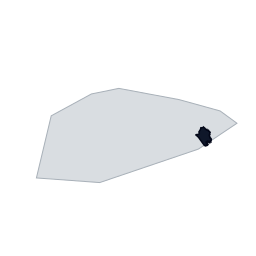 Marquis Estate, Dauphin, Saint Lucia shown in context, rotated 69°
{"feature_id": "8701671B42547396516194", "entity_name": "Marquis Estate", "entity_type": "district", "adm_level": 2, "iso_a3": "LCA", "parent_name": "Saint Lucia", "parent_adm1": "Dauphin", "projection": "robinson", "projection_center": [-60.9, 14.029], "detail": "fine", "context": "in_parent", "style": "filled", "palette": "ink", "viewbox_px": 256, "rotation_deg": 69, "n_neighbors": 0, "source": "geoboundaries", "source_scale": "gbopen_adm2", "svg_char_len": 2897}
<svg xmlns="http://www.w3.org/2000/svg" viewBox="0 0 256 256"><g transform="rotate(69 128 128)"><path d="M168.8,174.0L141.8,231.4L89.1,195.3L83.1,150.0L87.7,122.4L119.9,70.0L145.1,35.9L162.6,24.6L172.9,69.8L168.8,174.0Z" fill="#d9dde1" stroke="#a8b0b8" stroke-width="1"/><path d="M157.0,63.1L157.4,63.1L157.6,63.2L157.7,63.3L157.9,63.4L158.2,63.3L158.4,63.3L158.5,63.3L158.9,63.6L159.0,63.8L159.2,64.7L159.0,65.5L158.8,65.8L158.8,66.2L158.7,66.4L158.7,66.6L158.7,66.8L158.8,66.9L158.8,67.0L159.0,67.0L159.0,66.9L159.3,66.9L159.5,66.8L159.6,66.7L159.9,66.5L160.1,66.4L162.0,65.5L167.8,64.0L170.0,63.4L170.8,63.1L171.0,63.1L171.3,63.0L171.5,63.0L171.5,62.9L171.8,62.8L171.9,62.7L172.0,62.6L172.1,62.4L172.3,62.2L172.5,62.1L172.5,61.9L172.4,61.9L172.2,61.7L172.1,61.4L172.3,61.4L172.5,61.3L172.6,61.2L172.6,60.9L172.6,60.6L172.6,60.4L172.6,60.2L172.5,59.9L172.4,59.7L172.3,59.8L172.2,59.8L172.0,59.7L171.9,59.8L171.9,59.7L171.8,59.8L171.7,59.8L171.5,59.7L171.4,59.6L171.1,59.6L170.9,59.4L171.0,59.4L170.8,59.3L170.6,59.3L170.5,59.5L170.4,59.5L170.5,59.6L170.4,59.8L170.5,59.8L170.4,59.9L170.2,59.9L170.1,60.0L169.9,60.3L169.8,60.2L169.7,60.1L169.8,59.9L169.7,59.9L169.8,59.8L169.7,59.7L169.8,59.6L169.7,59.5L169.7,59.4L169.6,59.2L169.4,59.1L169.3,58.9L169.0,59.1L168.9,59.1L168.8,58.8L168.7,58.7L168.7,58.4L168.7,58.2L168.8,58.2L168.8,58.3L168.9,58.2L169.0,58.1L169.3,58.0L169.4,57.9L169.5,57.8L169.8,57.8L169.7,57.8L169.7,57.7L169.8,57.7L170.0,57.5L170.1,57.4L170.1,57.5L170.3,57.4L170.5,57.4L170.8,57.5L170.5,57.4L170.8,57.4L170.9,57.2L171.0,57.2L171.2,56.9L171.1,57.0L171.1,56.9L170.9,56.9L170.7,56.8L170.6,56.7L170.6,56.8L170.5,56.7L170.4,56.7L170.2,56.5L170.3,56.5L170.2,56.4L170.2,56.2L170.3,56.2L170.2,56.1L170.2,55.9L170.3,55.8L170.2,55.8L170.2,55.7L170.1,55.4L169.9,55.4L169.7,55.3L169.7,55.2L169.5,54.9L169.4,54.9L169.2,54.7L168.7,54.5L168.5,54.4L168.3,54.2L168.2,54.2L168.0,54.4L167.5,54.3L167.4,54.3L167.2,54.5L166.9,54.7L166.9,54.9L166.7,54.9L166.5,54.7L166.4,54.7L166.4,54.8L166.2,54.9L166.1,55.0L165.7,54.9L165.5,55.0L165.4,55.0L165.3,54.9L165.2,54.8L165.0,54.7L164.5,54.8L164.4,54.7L164.2,54.6L163.8,54.7L163.6,54.7L163.4,54.2L163.3,53.9L163.2,53.7L162.9,53.7L162.7,53.7L162.4,53.7L162.2,53.7L161.8,53.4L161.7,53.3L161.7,53.2L161.6,52.9L161.2,52.9L160.8,53.1L160.6,53.3L160.4,53.3L160.1,53.4L159.9,53.9L159.7,53.9L159.4,53.7L159.0,53.7L159.0,53.8L159.1,54.0L159.0,54.3L158.9,54.4L158.7,54.4L158.6,54.6L158.4,54.6L158.2,54.7L158.2,54.8L158.2,55.0L158.3,55.0L158.2,55.1L157.8,54.9L157.5,54.9L157.5,55.0L157.5,55.3L157.5,55.5L157.3,55.8L157.2,56.0L156.9,56.2L156.6,56.1L156.2,56.2L155.7,56.3L155.4,56.5L155.2,56.7L155.0,56.8L154.8,56.8L154.7,56.9L154.6,57.0L154.2,57.2L154.3,57.3L154.4,57.5L154.3,57.8L154.3,58.6L154.2,58.9L154.1,59.2L154.1,59.9L154.0,60.0L154.4,60.3L154.9,60.4L155.5,61.1L156.4,62.3L156.9,62.9L157.0,63.1Z" fill="#0f172a" stroke="#020617" stroke-width="1.5"/></g></svg>